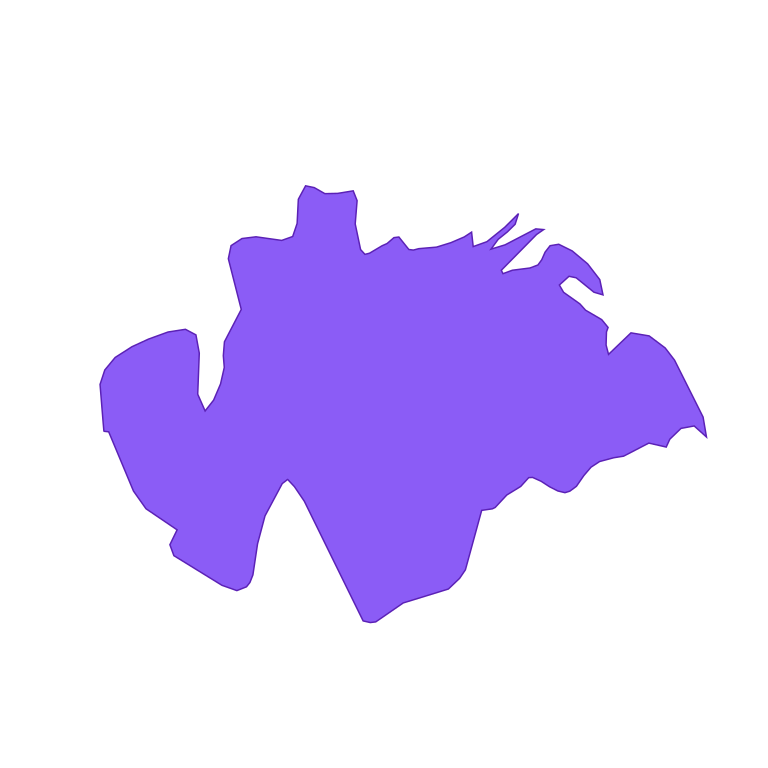 the border of Vestfold, rotated 244°
{"feature_id": "NOR-923", "entity_name": "Vestfold", "entity_type": "County", "adm_level": 1, "iso_a3": "NOR", "parent_name": "Norway", "parent_adm1": "", "projection": "natural_earth1", "projection_center": [10.149, 59.326], "detail": "fine", "context": "isolated", "style": "filled", "palette": "violet", "viewbox_px": 768, "rotation_deg": 244, "n_neighbors": 0, "source": "natural_earth", "source_scale": "10m", "svg_char_len": 1887}
<svg xmlns="http://www.w3.org/2000/svg" viewBox="0 0 768 768"><g transform="rotate(244 384 384)"><path d="M464.2,111.7L465.0,111.8L472.3,114.6L508.1,128.6L519.0,139.2L525.7,154.0L528.0,173.8L527.6,192.0L525.4,212.7L520.2,229.5L510.6,236.5L492.7,231.5L456.5,212.1L438.2,211.4L444.2,223.8L455.7,237.1L468.9,247.7L479.9,252.0L491.9,259.1L513.6,288.4L564.8,299.0L575.4,307.2L577.0,320.1L572.4,333.5L557.9,355.0L556.6,366.6L566.4,376.3L587.6,388.0L596.5,400.4L591.1,407.4L581.0,414.3L575.6,426.0L571.1,441.0L560.6,440.2L540.5,428.3L515.1,421.9L508.9,423.7L507.9,428.3L509.1,442.9L508.9,448.3L511.2,457.1L509.6,461.8L494.0,465.3L491.5,469.1L490.4,474.6L484.0,491.2L481.7,506.1L481.0,520.6L482.1,529.3L468.4,524.4L466.8,538.9L471.9,561.2L478.2,579.6L470.1,571.9L466.6,561.5L464.0,550.1L458.3,539.3L456.0,553.8L456.9,588.4L452.8,595.2L451.5,586.7L434.8,539.3L431.0,539.3L430.0,549.2L424.3,566.0L423.5,574.5L426.5,580.2L431.9,586.6L435.5,593.9L433.0,602.3L421.1,611.5L402.7,619.7L383.2,623.7L368.1,619.9L374.5,612.9L395.2,603.3L399.7,597.5L396.1,585.0L387.7,585.6L370.1,595.2L362.0,597.5L346.4,607.9L336.6,610.2L333.3,606.8L321.7,600.7L312.2,598.8L321.7,628.4L311.0,643.4L293.2,652.5L278.1,655.6L214.4,656.3L195.0,650.6L210.3,644.4L213.9,631.5L209.1,616.7L203.6,610.0L203.7,609.9L214.8,596.1L214.1,567.7L217.0,558.2L219.8,543.8L218.5,533.6L214.1,523.5L207.7,512.1L206.2,504.0L207.0,499.0L211.7,493.3L219.0,487.8L227.8,482.5L234.9,476.6L236.4,473.0L232.0,462.0L230.4,445.7L224.3,429.8L224.3,426.7L227.6,416.4L181.3,375.7L176.2,366.8L171.5,352.0L178.8,305.3L173.8,272.3L175.6,267.1L180.2,261.4L313.5,261.0L331.0,258.5L340.4,255.6L340.4,254.7L340.2,254.3L339.1,248.9L317.6,219.2L295.8,200.3L269.9,182.5L264.4,176.5L262.0,171.5L262.8,161.2L274.1,150.1L321.8,119.9L333.4,121.1L343.6,134.1L376.2,115.4L397.6,111.9L461.7,115.6L464.2,111.7Z" fill="#8b5cf6" stroke="#5b21b6" stroke-width="1.5"/></g></svg>